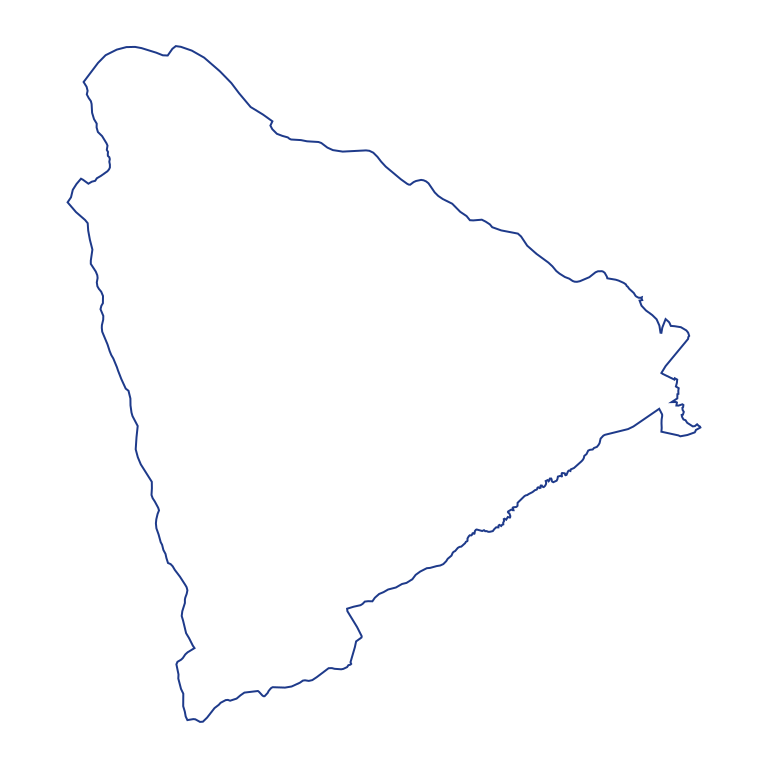 Capu Campului, Suceava, Romania
{"feature_id": "2599482B47808933658388", "entity_name": "Capu Campului", "entity_type": "district", "adm_level": 2, "iso_a3": "ROU", "parent_name": "Romania", "parent_adm1": "Suceava", "projection": "mercator", "projection_center": [25.961, 47.503], "detail": "fine", "context": "isolated", "style": "outline", "palette": "blue", "viewbox_px": 768, "rotation_deg": 0, "n_neighbors": 0, "source": "geoboundaries", "source_scale": "gbopen_adm2", "svg_char_len": 6068}
<svg xmlns="http://www.w3.org/2000/svg" viewBox="0 0 768 768"><path d="M347.1,667.1L348.4,665.2L350.5,664.6L351.2,663.9L350.5,662.2L354.9,647.1L356.1,641.4L361.5,637.5L361.7,636.2L357.1,627.1L347.4,611.2L347.1,608.7L353.7,606.7L360.5,605.2L362.6,603.9L364.8,601.6L368.0,601.2L372.4,601.3L374.9,597.7L379.1,594.0L383.6,592.1L388.1,589.5L395.9,587.5L402.0,584.0L406.5,582.9L412.4,579.2L415.7,574.8L420.3,571.5L426.8,568.2L430.1,567.9L436.6,566.1L440.2,565.5L443.3,564.1L446.2,561.2L447.7,558.8L451.5,555.6L452.6,553.0L453.5,551.9L455.2,551.0L457.8,547.9L459.5,546.9L461.3,546.6L465.1,543.2L465.9,541.8L467.2,541.2L467.5,540.8L467.5,538.5L468.7,536.4L469.7,535.3L471.3,535.4L471.8,535.0L472.6,533.3L473.1,533.1L474.1,533.8L474.5,533.6L474.9,531.1L475.9,529.8L476.7,529.5L482.2,531.0L484.0,530.2L485.2,531.2L486.7,531.1L488.2,531.8L489.8,531.8L492.8,531.1L494.3,529.1L496.2,527.3L498.4,527.4L498.6,525.5L499.0,525.2L499.5,524.9L501.2,526.0L502.1,524.8L503.3,524.4L503.2,522.6L504.0,521.2L503.8,519.1L504.6,518.7L506.2,519.7L507.8,517.0L509.5,517.5L510.0,517.5L510.2,517.1L510.3,516.0L509.4,513.5L508.2,512.6L507.9,512.0L508.1,511.5L511.4,509.5L512.7,510.2L513.5,510.2L512.8,507.6L513.3,507.3L516.1,507.0L516.9,506.5L517.5,505.8L517.6,502.8L524.5,496.1L525.7,495.4L527.4,495.0L528.4,494.2L532.5,492.1L534.9,490.2L536.7,489.6L537.2,488.9L537.5,487.7L538.2,487.3L539.7,488.1L540.5,487.8L540.4,486.3L540.8,485.5L541.8,485.5L542.5,486.7L543.7,487.1L545.1,485.8L545.9,484.3L546.2,482.9L545.7,481.0L547.6,480.1L548.6,481.3L549.1,480.7L549.8,478.6L551.1,478.5L551.6,479.3L551.7,480.7L552.2,481.6L553.3,482.2L556.6,480.7L557.4,479.2L557.9,476.6L560.5,475.8L561.5,476.4L561.9,476.3L561.7,473.5L562.1,473.0L564.7,473.3L565.0,473.7L565.1,474.8L565.6,475.2L566.5,474.9L567.9,471.6L568.5,470.8L569.1,470.5L570.4,471.0L570.8,469.4L574.0,468.0L581.6,461.2L583.0,459.6L583.8,458.1L584.3,455.9L586.5,454.1L588.2,450.6L590.0,449.8L592.7,449.5L594.0,448.0L596.9,446.9L598.7,444.7L599.6,443.0L600.6,438.6L603.4,435.6L605.0,434.8L628.0,429.1L633.4,426.5L659.2,408.8L662.1,414.4L662.2,415.9L661.6,419.6L661.5,423.3L661.7,428.0L661.4,431.7L678.4,435.4L680.3,436.3L687.4,435.0L694.7,432.4L695.2,431.7L695.9,430.0L700.4,427.5L700.0,426.6L698.5,425.7L697.1,424.3L694.9,426.1L692.8,426.4L687.2,422.8L685.5,420.2L683.5,419.5L682.3,417.4L681.8,415.9L681.7,414.9L682.9,414.7L683.8,411.9L682.6,409.9L682.4,407.8L683.1,407.1L683.4,405.0L682.4,404.3L678.5,405.6L676.4,405.5L676.9,402.5L675.9,402.0L671.6,402.1L677.3,398.4L677.4,394.2L678.4,393.9L678.3,390.7L678.7,388.2L675.9,386.5L676.9,382.8L677.2,379.6L674.8,378.3L674.4,379.6L662.7,373.9L661.4,373.0L665.6,366.1L688.1,338.9L688.3,337.1L689.2,335.9L688.1,332.6L686.3,330.4L680.9,327.2L674.6,326.2L670.8,325.9L669.6,323.1L668.9,322.0L665.6,319.1L662.3,327.6L661.4,332.8L660.5,332.7L659.4,325.6L656.6,319.3L652.3,315.1L646.0,310.5L641.5,305.7L639.6,300.6L642.2,300.1L641.6,298.4L641.8,297.3L640.5,297.8L638.5,297.7L636.3,296.5L635.5,295.8L633.8,293.0L629.2,288.8L627.7,286.7L626.7,286.0L625.9,284.4L623.7,282.9L618.6,280.6L615.7,279.7L607.3,278.3L606.9,276.7L604.7,272.8L603.1,271.6L601.9,271.2L597.9,271.3L595.5,272.3L589.3,277.2L579.9,281.2L577.0,281.8L574.7,281.7L572.7,281.0L569.3,278.7L564.9,277.0L559.5,273.6L556.3,271.0L552.4,266.3L548.4,262.6L536.4,253.8L527.2,245.7L521.1,236.5L517.9,233.6L501.2,230.4L492.2,227.2L489.9,224.4L485.6,221.6L481.8,219.7L473.2,220.4L469.9,220.2L466.6,216.1L460.2,211.8L452.2,203.7L442.9,199.1L438.2,195.9L434.7,192.4L428.5,183.3L426.1,181.4L423.6,180.3L421.1,179.9L416.0,181.0L413.6,182.1L410.2,184.7L408.8,184.6L407.3,183.9L400.9,179.3L385.7,166.6L381.1,161.6L377.5,156.9L373.3,152.7L369.4,150.8L366.0,150.4L342.7,151.6L332.9,150.1L327.4,147.6L321.3,143.0L318.5,142.0L307.0,141.3L301.0,140.1L291.1,139.5L289.5,138.8L287.8,137.4L282.4,135.9L276.9,133.8L272.3,129.2L270.4,125.6L272.4,121.3L262.9,114.5L250.6,107.0L239.1,93.3L231.3,83.0L219.9,71.3L204.1,57.6L191.8,50.6L180.8,46.8L175.8,46.1L172.4,48.8L167.7,55.5L162.8,55.3L156.3,52.7L141.5,48.1L135.0,46.9L126.4,47.1L116.8,49.6L105.6,55.2L98.1,62.8L83.6,82.0L86.6,86.8L87.6,90.8L86.8,94.4L88.7,98.0L90.9,101.2L91.6,104.0L92.1,112.8L94.0,119.1L96.7,123.6L96.6,127.5L97.9,132.0L102.1,136.1L106.5,143.3L107.5,145.6L106.8,149.9L108.0,151.9L107.8,154.1L107.9,155.9L109.3,157.2L109.8,159.1L109.3,161.8L109.9,164.6L109.9,167.5L109.0,169.4L107.5,171.2L100.9,175.9L96.8,178.3L95.2,180.8L91.8,181.7L88.4,183.7L82.9,179.7L81.0,178.7L76.5,184.0L72.8,189.8L71.0,197.3L67.6,202.3L76.0,212.1L85.1,220.0L87.7,223.2L88.2,230.6L89.9,239.8L92.4,249.6L90.8,260.6L90.8,263.9L95.8,271.6L97.3,275.3L97.6,278.0L96.8,282.4L97.4,286.3L98.9,288.9L101.2,291.7L103.0,296.0L102.9,303.2L101.4,305.7L100.5,309.2L103.3,315.9L103.2,319.7L101.9,325.2L101.8,327.9L102.2,331.7L107.5,344.4L109.7,351.2L111.3,355.1L113.3,358.5L116.9,367.2L118.0,370.5L121.3,379.0L125.7,388.6L128.5,390.8L130.4,398.5L130.5,405.4L131.5,412.6L132.5,416.1L137.7,426.0L136.5,437.3L135.7,449.3L137.8,457.2L140.8,464.4L151.8,481.8L151.9,488.2L151.5,495.0L152.7,498.3L154.8,501.5L158.2,507.8L159.0,510.4L157.6,513.9L156.3,519.3L155.9,523.3L156.4,528.3L158.6,534.5L160.7,542.2L162.1,544.8L163.4,550.0L165.5,553.9L166.4,558.0L168.0,563.0L170.6,564.1L172.7,566.3L174.8,569.9L179.9,576.6L185.2,584.8L186.6,587.2L187.4,590.3L186.7,593.8L185.3,597.6L184.9,599.5L184.9,603.0L182.3,611.2L181.7,616.0L183.1,620.7L186.1,633.2L189.1,638.2L192.8,645.6L194.5,648.1L187.6,652.3L185.3,654.4L182.8,658.1L181.1,659.7L177.5,661.8L176.4,664.3L178.5,674.5L178.3,678.5L181.0,688.9L183.3,693.7L183.2,706.2L184.8,711.6L185.7,716.5L187.4,720.1L193.3,719.1L195.3,719.3L200.0,721.9L202.9,721.7L207.1,717.6L214.5,708.1L218.8,704.8L220.6,702.8L225.7,700.1L227.9,699.9L230.1,700.7L236.6,698.6L240.5,695.3L244.4,692.6L257.9,691.0L259.0,691.8L262.4,695.5L263.5,696.2L264.6,696.2L267.7,692.9L268.5,691.2L270.0,689.3L271.3,687.9L272.7,687.2L285.0,687.6L291.6,686.5L299.9,682.7L302.9,680.6L305.0,680.3L308.8,680.9L312.3,680.1L316.7,677.2L328.6,668.2L331.9,668.1L334.5,668.8L341.2,669.3L343.3,668.9L347.1,667.1Z" fill="none" stroke="#1e3a8a" stroke-width="2"/></svg>